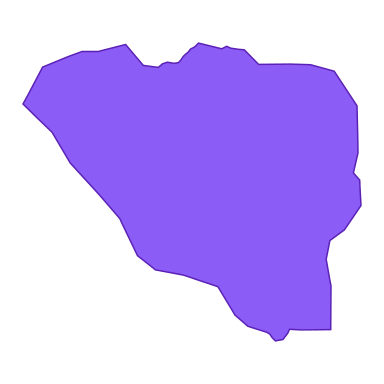 the district of Campinas do Piauí, Piauí, Brazil
{"feature_id": "56859067B43304004429868", "entity_name": "Campinas do Piauí", "entity_type": "district", "adm_level": 2, "iso_a3": "BRA", "parent_name": "Brazil", "parent_adm1": "Piauí", "projection": "mercator", "projection_center": [-41.868, -7.679], "detail": "fine", "context": "isolated", "style": "filled", "palette": "violet", "viewbox_px": 384, "rotation_deg": 0, "n_neighbors": 0, "source": "geoboundaries", "source_scale": "gbopen_adm2", "svg_char_len": 943}
<svg xmlns="http://www.w3.org/2000/svg" viewBox="0 0 384 384"><path d="M226.6,46.3L221.8,48.8L198.5,43.1L194.6,47.0L190.6,49.0L188.1,52.2L185.8,54.0L183.2,56.5L180.9,60.0L178.3,62.7L174.0,63.3L167.4,62.2L162.5,63.8L158.3,67.4L143.3,65.4L131.0,50.9L125.6,44.5L102.4,50.4L98.4,51.5L82.1,51.5L68.4,56.5L42.6,67.1L28.3,94.3L23.0,104.0L35.8,116.6L52.1,132.3L70.3,163.1L99.2,194.7L119.8,218.6L121.7,222.8L137.5,255.7L151.1,266.4L155.5,269.9L183.4,275.1L200.6,280.9L217.9,286.7L232.7,311.2L234.9,315.0L247.9,326.3L266.8,332.3L269.8,334.1L272.2,337.7L275.4,340.9L283.0,339.5L287.8,333.1L289.5,329.3L301.0,329.9L313.7,329.8L330.7,329.6L331.0,286.0L329.8,279.8L326.2,259.3L329.9,240.5L338.8,234.0L344.4,229.9L361.0,205.5L360.0,187.8L359.7,180.1L353.4,172.9L358.0,152.9L357.7,135.3L357.2,114.2L357.0,105.8L334.2,71.2L310.5,64.7L290.2,64.1L258.6,64.4L244.3,49.8L238.5,49.3L230.9,48.2L226.6,46.3Z" fill="#8b5cf6" stroke="#5b21b6" stroke-width="1.5"/></svg>